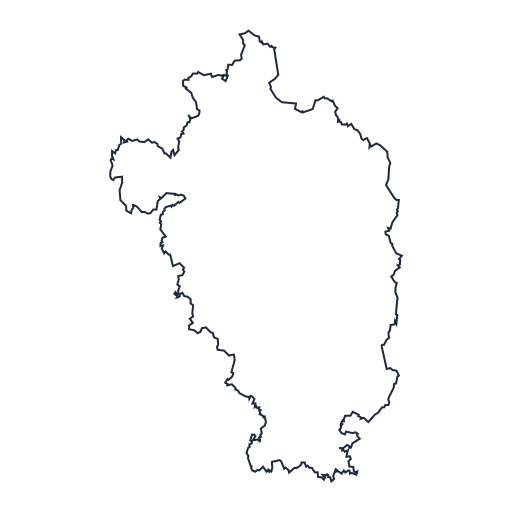 the district of Tamazula de Gordiano, Jalisco, Mexico
{"feature_id": "50627088B40756247802692", "entity_name": "Tamazula de Gordiano", "entity_type": "district", "adm_level": 2, "iso_a3": "MEX", "parent_name": "Mexico", "parent_adm1": "Jalisco", "projection": "equal_earth", "projection_center": [-103.178, 19.686], "detail": "fine", "context": "isolated", "style": "outline", "palette": "slate", "viewbox_px": 512, "rotation_deg": 0, "n_neighbors": 0, "source": "geoboundaries", "source_scale": "gbopen_adm2", "svg_char_len": 6066}
<svg xmlns="http://www.w3.org/2000/svg" viewBox="0 0 512 512"><path d="M126.3,210.7L131.0,213.2L131.7,209.9L133.3,207.6L133.0,205.0L133.9,205.1L137.4,207.0L141.7,212.1L144.8,212.0L148.0,213.7L150.5,213.0L153.3,209.5L156.4,209.6L157.8,201.0L160.4,198.8L159.9,197.3L161.3,198.2L166.5,193.1L174.5,193.9L175.3,195.8L175.4,194.0L178.6,195.5L181.1,194.6L183.7,195.6L185.4,198.6L179.4,202.9L178.3,201.9L174.1,205.8L172.6,204.9L171.4,206.7L170.8,205.6L165.9,207.1L164.5,208.4L164.8,210.1L162.9,212.0L162.7,214.4L160.8,214.7L159.6,219.9L161.1,221.2L159.8,222.8L161.3,224.2L160.3,229.3L165.7,236.6L162.4,237.8L161.6,240.8L162.4,242.2L160.7,242.9L160.4,246.0L163.0,245.4L161.8,248.6L164.2,253.3L165.5,251.5L168.8,254.7L170.2,254.6L172.9,266.1L179.5,263.2L184.1,267.7L182.9,269.7L184.3,271.5L182.4,275.2L178.2,276.0L178.7,279.2L177.4,284.7L179.8,286.2L178.1,290.8L178.4,292.2L177.4,294.5L175.4,292.0L174.4,294.0L177.9,296.4L176.9,297.6L177.6,297.5L179.8,296.3L179.6,294.2L182.3,292.8L184.4,296.2L187.4,296.6L190.7,299.3L190.6,303.4L193.1,305.3L192.3,313.5L193.1,316.4L189.8,318.7L192.9,322.9L189.1,325.5L189.1,329.3L194.1,330.2L197.7,333.2L200.4,331.9L201.9,328.2L205.9,327.4L210.5,332.2L212.7,332.9L214.0,337.3L217.7,338.9L218.2,344.7L216.9,347.0L217.8,349.8L224.0,350.6L229.0,355.6L233.8,354.5L234.7,360.0L231.4,372.3L233.2,373.0L233.2,374.3L231.8,377.0L228.6,379.9L227.6,379.0L225.2,382.7L227.6,384.0L227.3,385.3L231.9,384.3L235.7,388.2L235.3,389.4L238.0,390.6L239.5,393.2L246.3,396.7L249.0,396.8L249.3,398.7L250.5,395.9L251.7,396.2L254.4,399.1L252.4,403.6L255.4,403.4L254.8,406.8L256.0,405.8L256.6,407.7L259.2,407.4L258.5,408.7L260.5,410.1L259.3,410.8L260.5,413.5L259.8,414.2L262.8,415.7L263.4,417.3L264.7,416.5L265.9,422.2L264.8,425.5L260.9,428.5L261.7,433.2L260.2,435.0L260.9,436.9L259.0,437.5L260.2,440.0L259.7,441.4L257.5,439.5L252.8,440.3L255.4,436.2L254.3,434.7L252.0,434.6L250.3,440.5L251.9,441.2L251.8,443.3L249.3,444.4L249.7,446.9L248.2,447.8L246.5,452.9L248.5,456.1L247.8,457.5L250.6,465.7L251.6,466.2L251.1,468.0L252.3,470.4L255.2,471.7L257.5,470.0L259.4,470.4L263.0,466.7L266.5,471.7L267.4,470.5L268.9,471.5L268.7,469.9L271.3,471.5L272.3,467.8L271.9,461.9L279.7,460.1L281.1,461.3L284.2,468.7L285.4,467.6L288.4,469.9L289.1,472.6L294.5,467.8L296.4,468.2L299.7,466.0L301.4,464.3L301.5,462.6L304.6,462.4L306.1,466.7L307.7,465.7L309.4,467.8L311.8,467.8L314.8,472.4L317.7,472.3L318.0,476.9L322.0,477.4L323.9,479.7L325.0,477.4L322.7,474.9L326.2,475.3L327.1,474.3L328.2,474.9L328.2,477.0L330.2,477.3L331.4,481.3L334.1,479.0L333.2,476.2L335.7,469.2L336.7,469.7L336.6,471.5L337.9,471.0L341.6,473.6L343.8,470.5L345.4,472.5L348.2,470.5L349.6,470.8L349.9,473.7L351.6,472.9L356.4,474.7L357.2,471.4L355.3,472.1L353.8,471.1L353.3,467.0L349.4,466.5L348.5,461.3L350.8,458.9L349.9,456.3L346.4,456.7L347.9,450.2L344.7,451.7L343.6,450.1L342.1,450.6L342.2,448.5L339.1,448.0L343.2,448.2L347.2,444.9L349.6,446.5L349.3,447.7L350.9,447.7L352.4,443.3L359.7,438.8L357.5,436.3L356.9,434.3L357.7,433.8L355.5,432.3L352.5,433.1L346.0,431.6L345.0,434.4L341.5,433.1L339.3,429.8L341.1,427.8L340.6,423.5L341.3,425.4L342.5,424.0L341.3,422.9L342.5,420.4L344.7,421.8L343.4,420.4L345.1,415.8L350.4,415.7L352.8,411.8L358.8,414.9L358.3,416.2L361.3,417.6L360.8,418.8L363.7,417.8L368.3,422.1L374.8,414.7L378.5,412.4L381.9,407.4L384.2,407.4L385.2,405.1L388.5,404.9L389.3,402.5L388.3,399.8L388.8,397.4L393.6,388.0L394.1,383.9L396.0,383.5L397.4,376.6L398.9,375.6L396.5,370.7L392.5,370.0L390.3,368.1L386.7,369.0L381.6,346.0L382.0,344.9L384.0,344.8L386.5,339.9L389.0,337.8L388.4,332.6L389.9,330.7L390.6,325.1L394.7,324.4L395.0,320.9L396.4,323.7L397.3,315.0L395.9,314.1L397.5,297.6L395.4,292.4L395.4,288.3L396.8,283.0L394.6,281.9L391.3,276.5L393.8,274.6L395.0,270.8L399.8,267.5L397.7,265.3L399.9,264.5L400.2,259.9L399.0,259.1L401.8,255.7L396.2,253.3L392.4,246.2L392.2,243.7L390.7,243.1L388.8,235.8L385.7,234.3L385.4,231.7L389.2,230.7L388.1,227.9L390.5,228.7L392.4,222.3L397.4,215.2L396.7,212.6L397.8,211.3L396.9,209.7L398.0,208.0L398.8,200.0L396.3,199.9L394.2,197.9L386.0,185.0L388.4,179.5L389.1,167.1L390.3,162.9L387.6,157.4L387.3,151.8L379.9,145.1L376.3,143.5L371.3,146.4L370.7,145.6L369.5,147.2L369.8,143.3L366.9,138.1L363.2,140.1L361.5,138.6L360.1,133.7L357.3,130.1L354.4,129.2L351.2,123.9L347.9,126.2L346.8,123.6L345.4,124.7L341.7,124.3L340.8,121.8L338.9,121.7L339.1,120.7L338.0,121.5L338.2,119.4L337.3,116.2L335.9,115.1L335.2,111.6L337.7,108.2L335.0,105.8L332.7,100.6L331.4,101.2L327.2,98.4L324.8,98.4L323.7,96.7L317.7,100.5L315.6,100.2L312.6,109.1L302.6,112.5L302.4,111.3L300.9,111.9L295.0,108.9L296.0,103.5L281.8,102.2L276.0,97.7L270.4,88.9L271.0,87.2L269.2,82.7L274.7,79.0L278.3,74.8L274.2,49.2L275.3,47.7L272.1,47.2L271.6,45.9L270.1,46.7L267.6,43.7L263.2,44.4L261.9,41.6L261.5,42.5L259.7,41.4L259.0,36.6L254.9,35.6L248.5,30.7L244.9,33.3L239.6,34.4L243.1,40.1L243.1,43.5L244.8,45.3L241.1,54.6L241.7,58.8L239.7,60.4L234.6,60.6L232.2,64.9L228.2,64.7L227.6,69.2L226.2,70.1L227.0,71.4L226.5,75.0L227.9,75.6L225.6,81.1L222.0,78.7L223.9,75.4L224.9,75.5L224.1,74.8L221.4,75.7L218.7,74.9L212.0,77.0L210.9,73.7L203.8,75.2L198.2,72.0L197.3,73.6L192.8,73.6L191.2,76.4L188.5,77.8L188.5,79.8L184.6,79.6L183.0,81.0L183.2,85.8L186.5,87.6L185.8,88.6L191.3,92.9L192.8,97.7L196.0,102.2L197.1,109.1L199.5,110.5L199.4,112.8L198.2,115.8L192.1,118.1L189.9,117.3L188.4,114.8L190.4,119.1L189.4,122.2L187.5,122.3L186.7,125.4L183.8,127.4L183.8,129.6L182.0,131.6L183.5,133.5L181.2,134.1L180.4,137.5L177.6,138.6L179.3,141.6L178.1,147.2L178.8,149.9L174.5,155.2L173.1,149.9L171.5,151.6L170.4,157.7L166.0,153.4L164.5,153.4L162.3,148.6L157.8,146.2L157.5,144.1L154.6,142.0L152.0,142.7L148.2,139.4L144.4,142.1L139.3,141.5L137.3,139.5L132.1,140.9L128.2,138.7L126.5,140.5L127.2,141.7L124.0,142.5L124.4,140.2L121.0,137.2L121.2,143.6L119.2,145.2L117.8,150.0L116.1,150.1L115.0,153.4L112.1,151.0L112.0,155.7L113.5,159.4L111.6,158.5L110.7,160.1L112.6,165.6L110.4,171.3L110.2,176.3L111.2,178.8L113.3,180.0L115.0,177.5L122.0,176.7L122.2,182.5L119.6,190.3L120.4,200.2L126.1,205.9L126.3,210.7Z" fill="none" stroke="#1e293b" stroke-width="2"/></svg>